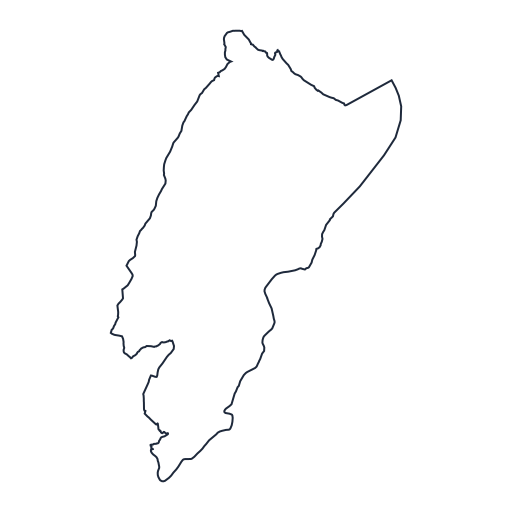 Tota, Boyacá, Colombia
{"feature_id": "7082276B21893770290746", "entity_name": "Tota", "entity_type": "district", "adm_level": 2, "iso_a3": "COL", "parent_name": "Colombia", "parent_adm1": "Boyacá", "projection": "mercator", "projection_center": [-73.015, 5.476], "detail": "fine", "context": "isolated", "style": "outline", "palette": "slate", "viewbox_px": 512, "rotation_deg": 0, "n_neighbors": 0, "source": "geoboundaries", "source_scale": "gbopen_adm2", "svg_char_len": 6006}
<svg xmlns="http://www.w3.org/2000/svg" viewBox="0 0 512 512"><path d="M242.0,30.9L241.4,31.1L239.5,30.7L232.8,30.8L230.0,31.8L228.0,32.3L227.0,32.9L224.6,36.2L224.0,38.0L223.9,39.3L224.4,42.9L224.4,43.9L224.2,44.2L225.7,46.9L225.7,47.8L225.4,48.8L225.4,50.5L224.9,52.3L224.9,53.2L224.9,54.6L225.3,57.2L226.8,59.5L231.0,61.5L229.9,61.9L227.5,64.0L225.9,67.1L224.6,68.9L222.3,70.4L220.9,71.0L219.6,72.3L218.1,72.8L218.8,76.1L217.9,75.9L217.1,76.1L215.7,77.0L214.9,77.7L214.5,78.5L214.1,80.1L212.0,81.1L210.9,82.1L209.8,83.5L205.9,87.9L204.2,89.3L202.0,93.0L200.5,94.1L199.7,95.1L197.2,101.5L194.5,105.0L191.2,109.9L188.8,112.4L187.9,114.4L186.7,116.2L184.4,121.2L183.5,122.3L182.8,124.2L182.3,125.6L181.4,130.9L179.8,133.4L178.6,136.4L178.0,137.5L173.9,142.2L173.3,143.1L172.2,146.6L170.1,151.7L166.3,158.0L165.5,160.1L164.2,164.2L163.9,166.9L163.7,170.5L164.1,173.5L163.9,175.0L165.4,178.8L165.7,180.6L165.4,183.6L161.9,189.1L161.0,191.1L159.1,194.3L157.4,197.8L156.3,201.1L155.8,205.8L154.6,208.4L153.9,209.7L151.6,212.0L151.2,213.2L150.9,215.5L149.9,218.3L145.4,223.6L144.7,225.5L143.0,227.9L142.2,228.6L140.9,230.2L140.0,231.0L139.2,233.3L137.7,236.2L136.5,239.7L136.9,241.9L136.5,245.6L134.9,251.9L135.2,255.1L135.0,256.1L132.9,258.1L130.1,259.9L128.8,261.1L126.5,265.7L131.6,273.1L132.5,274.6L132.7,276.0L131.5,278.9L129.2,282.9L127.7,285.3L123.5,288.7L122.3,289.4L123.0,298.3L122.3,299.5L120.2,302.0L118.5,303.7L117.4,305.5L118.2,312.1L118.1,314.7L117.8,316.3L118.4,317.3L115.6,322.6L115.2,324.2L114.0,326.0L113.2,328.2L112.6,329.0L111.7,329.8L110.8,332.9L112.0,333.8L114.3,334.8L115.2,335.0L119.0,335.6L122.0,336.3L123.1,338.9L123.6,342.0L123.5,343.4L123.7,345.9L124.2,347.6L124.1,348.4L123.6,349.9L123.7,351.6L124.0,352.5L124.9,353.4L126.7,354.3L129.1,356.5L129.7,356.9L131.0,358.3L132.1,357.7L133.0,356.4L135.4,355.1L137.0,353.5L137.2,352.7L138.0,351.8L139.1,351.3L139.7,350.1L140.5,349.4L141.1,348.6L143.3,347.4L145.1,347.1L146.7,346.0L151.0,346.2L154.2,346.9L154.9,346.5L156.3,346.4L157.0,345.9L157.6,345.8L159.9,344.1L160.6,342.9L161.7,342.2L162.3,342.1L162.9,342.4L164.2,342.4L165.9,342.1L166.9,341.6L168.1,341.4L168.5,340.9L169.1,340.8L169.7,340.3L170.7,340.9L171.2,341.0L172.1,340.7L172.5,341.4L174.0,346.0L173.7,349.0L170.8,353.0L168.7,354.8L166.9,356.9L162.5,363.4L159.3,367.4L158.3,369.3L157.6,372.5L157.3,375.2L156.9,376.4L156.6,376.9L155.2,376.8L151.8,375.6L150.9,375.5L149.1,379.8L148.7,381.9L147.9,383.8L143.3,393.9L143.3,394.4L143.6,395.6L143.8,398.7L143.8,401.2L143.9,402.3L144.0,409.2L144.3,410.3L144.6,410.8L145.4,410.9L145.4,411.2L144.7,413.6L144.9,413.8L147.5,416.5L148.8,417.5L150.9,419.7L155.8,424.2L156.3,424.5L156.6,424.4L157.2,423.7L157.6,423.5L157.8,423.7L158.3,427.2L158.4,428.7L158.6,429.4L159.4,430.2L159.7,430.8L160.3,430.7L160.7,431.3L160.9,432.3L161.5,432.9L162.0,433.1L162.6,433.1L163.5,432.1L163.8,431.9L164.3,432.0L165.1,432.8L166.4,433.7L167.4,433.2L167.8,433.2L168.0,433.5L167.9,434.1L167.6,434.4L164.6,436.3L162.3,436.9L161.2,437.4L160.5,438.4L160.1,439.5L159.1,440.9L158.8,442.2L158.4,442.9L157.7,443.4L156.8,443.4L156.1,443.8L153.9,443.9L153.1,444.5L151.7,444.6L150.7,444.8L150.5,445.0L150.7,445.9L151.5,446.4L151.2,448.0L151.4,448.3L151.6,448.5L152.7,448.8L152.8,449.1L151.3,449.5L151.0,449.8L150.9,450.5L151.0,451.5L151.7,452.8L153.1,454.4L155.2,456.0L156.5,457.2L157.5,459.0L157.8,460.9L158.4,462.4L159.2,466.7L159.2,467.9L158.0,471.0L157.7,472.8L157.8,475.1L158.4,477.1L159.9,479.9L160.6,480.5L162.0,481.2L163.5,481.3L165.0,480.8L169.0,477.8L171.2,475.6L173.4,472.6L176.3,469.4L178.3,466.7L181.4,461.7L182.9,459.8L183.8,459.3L185.0,459.1L190.9,459.0L191.8,458.7L194.3,456.8L197.4,453.5L200.3,450.9L202.5,448.6L204.3,446.1L206.2,444.0L209.1,440.3L216.3,434.3L217.7,432.7L219.8,431.5L222.1,430.8L226.0,429.9L228.9,429.7L229.8,429.2L230.4,428.4L231.7,425.3L232.4,421.8L232.7,417.9L232.4,415.6L232.0,414.8L231.6,414.5L229.5,413.7L225.5,413.0L224.7,412.4L224.4,412.0L224.3,411.1L225.0,409.7L226.0,408.6L229.5,406.1L231.5,404.3L234.7,393.5L235.9,391.5L237.6,387.2L238.8,385.9L240.2,381.2L243.8,375.1L245.8,373.0L247.4,371.9L255.1,368.0L256.5,366.7L256.9,366.0L258.0,363.5L258.9,361.8L259.1,361.1L260.2,359.0L262.1,353.6L264.1,351.0L264.3,347.5L263.8,345.9L262.6,343.5L262.4,342.4L262.6,340.0L263.2,337.9L263.8,336.5L265.0,335.2L268.5,331.8L270.1,330.4L270.6,330.1L272.2,328.5L274.3,323.4L274.6,322.2L274.5,321.0L273.8,318.7L273.3,315.9L271.6,308.4L269.1,303.2L267.2,298.3L267.3,298.2L267.2,297.9L265.3,293.9L264.5,291.3L264.6,289.7L265.4,287.6L271.7,279.3L274.9,275.7L276.1,274.7L277.4,274.0L281.0,272.8L283.5,272.2L288.1,271.7L295.1,270.3L297.8,269.3L299.2,268.6L300.4,268.3L300.9,268.3L302.1,268.8L304.9,269.5L306.4,268.2L307.9,267.9L308.9,267.3L311.6,262.6L312.3,259.7L314.6,255.1L316.2,250.3L316.3,249.0L316.8,248.7L317.8,248.5L319.5,247.3L320.6,245.4L320.8,243.9L321.8,241.7L322.5,238.9L322.0,236.6L322.1,234.1L323.2,231.9L324.3,230.2L326.1,224.9L329.8,220.2L330.0,219.7L329.9,219.3L332.9,216.4L333.5,213.9L334.2,212.7L343.2,203.8L359.8,186.4L384.0,155.3L395.5,137.5L400.7,120.3L401.2,106.4L398.8,95.7L395.6,87.8L391.6,80.3L346.8,104.9L345.7,105.3L345.0,105.3L344.4,104.7L344.1,103.5L342.2,102.8L338.0,100.5L335.8,99.9L333.7,98.2L331.5,97.7L329.6,97.1L323.2,94.3L321.4,92.6L318.4,90.5L318.2,90.4L317.8,90.8L316.4,89.8L314.7,87.8L314.1,86.2L311.1,84.8L303.8,80.2L302.3,78.6L301.5,77.4L300.7,76.6L298.1,75.1L295.4,74.2L294.1,73.3L292.9,72.1L291.4,71.0L290.7,69.0L288.2,64.9L286.5,63.3L282.7,59.0L281.5,57.0L280.9,55.4L280.2,54.2L279.9,53.2L279.3,52.2L279.2,51.4L278.1,50.9L277.7,50.1L277.3,50.4L277.2,51.5L277.0,52.0L276.4,52.3L275.6,52.4L275.1,52.9L275.0,53.4L275.3,54.4L275.3,54.9L274.3,56.9L273.8,58.6L273.2,59.6L272.4,59.9L271.9,59.7L268.9,57.8L267.7,56.6L267.2,55.6L267.1,53.4L266.9,52.9L266.0,52.7L265.3,51.5L264.1,51.3L263.4,50.8L262.5,51.0L262.2,50.6L261.7,50.5L259.6,50.2L258.1,49.8L256.1,48.0L255.8,47.5L254.4,46.5L252.9,44.7L251.0,44.2L251.0,43.3L250.5,42.7L248.8,39.5L244.2,34.8L242.0,30.9Z" fill="none" stroke="#1e293b" stroke-width="2"/></svg>